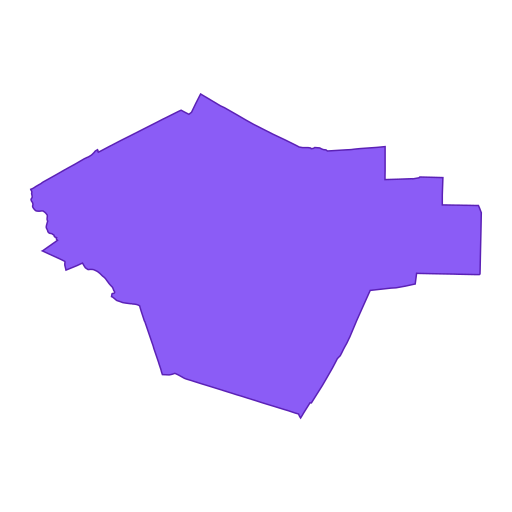 Balesti, Vrancea, Romania, rotated 90°
{"feature_id": "2599482B89340498251643", "entity_name": "Balesti", "entity_type": "district", "adm_level": 2, "iso_a3": "ROU", "parent_name": "Romania", "parent_adm1": "Vrancea", "projection": "albers", "projection_center": [27.24, 45.473], "detail": "fine", "context": "isolated", "style": "filled", "palette": "violet", "viewbox_px": 512, "rotation_deg": 90, "n_neighbors": 0, "source": "geoboundaries", "source_scale": "gbopen_adm2", "svg_char_len": 4449}
<svg xmlns="http://www.w3.org/2000/svg" viewBox="0 0 512 512"><g transform="rotate(90 256 256)"><path d="M418.0,211.4L415.1,209.6L413.2,208.5L402.8,202.0L402.9,200.6L394.3,195.2L385.6,189.7L379.6,186.2L368.1,179.6L363.4,177.1L360.7,175.7L358.7,174.7L356.3,172.4L355.8,171.8L352.1,169.9L349.2,168.5L346.4,167.0L343.2,165.2L340.9,164.1L337.5,162.5L337.2,162.3L321.5,155.7L321.2,155.6L307.1,149.3L290.4,141.8L288.1,121.1L287.8,115.9L286.1,106.5L284.2,97.9L284.1,97.4L284.0,96.8L273.3,95.4L273.4,93.4L273.7,79.2L274.1,57.3L274.2,54.7L274.6,35.5L274.6,34.0L274.6,33.1L274.6,32.7L274.4,32.4L274.2,32.2L273.8,32.0L270.3,31.9L251.1,31.5L246.5,31.4L228.3,31.0L222.7,30.9L212.7,30.7L210.9,31.4L207.7,32.6L205.5,33.6L205.5,35.9L205.4,40.2L205.3,45.4L205.3,48.1L205.2,50.8L205.1,58.9L205.0,63.5L204.9,69.7L194.9,69.7L177.6,69.1L177.3,80.1L177.0,92.2L177.8,93.0L178.9,99.4L178.7,99.7L179.2,113.4L179.6,127.0L176.4,127.0L170.3,126.9L162.2,126.9L146.6,126.9L147.0,131.0L147.4,135.2L148.6,152.2L148.8,154.1L149.1,157.1L149.6,161.0L149.9,166.8L150.4,174.9L151.0,184.6L149.9,186.0L149.6,188.6L148.8,190.7L148.2,191.7L147.9,192.5L147.5,197.2L148.4,198.7L148.7,200.8L148.0,201.4L147.6,203.9L147.6,209.4L147.0,212.9L146.1,214.5L142.1,222.5L140.1,226.5L134.1,239.2L128.4,250.4L126.4,254.3L124.4,258.3L120.1,266.0L114.9,274.9L107.7,287.5L105.8,291.6L99.7,301.8L94.0,311.4L103.4,316.2L108.6,318.7L112.3,320.5L114.3,323.1L112.1,327.4L110.2,330.9L111.4,333.5L112.3,335.3L116.4,343.5L117.6,345.9L119.4,349.6L122.3,355.2L129.7,369.8L136.0,382.2L137.7,385.6L140.4,391.0L146.2,402.2L151.5,412.2L152.2,413.7L151.6,414.1L151.1,414.1L150.6,414.0L149.7,414.5L151.1,416.8L151.6,417.2L152.5,417.9L153.1,418.5L154.6,420.0L155.3,420.9L155.9,421.9L157.0,423.7L157.3,424.6L158.8,427.8L159.8,429.5L160.9,431.4L164.1,436.9L166.9,442.0L170.1,447.8L175.2,456.7L178.4,462.4L181.9,468.7L182.6,469.8L183.5,470.9L183.8,471.4L184.6,472.9L186.0,475.3L186.7,476.5L187.2,477.2L187.8,478.1L188.2,478.8L188.7,479.7L189.1,480.8L189.3,481.3L189.9,481.1L190.3,480.8L191.0,480.4L191.6,480.2L192.1,480.2L192.5,480.2L192.9,480.2L193.5,480.4L194.1,480.3L194.8,480.1L195.9,479.9L196.8,479.8L197.5,479.9L198.0,480.2L198.9,480.8L199.6,481.0L200.3,480.8L201.1,480.5L201.8,480.0L202.6,479.5L203.1,479.3L204.2,479.1L205.0,479.1L205.9,479.4L206.4,479.4L207.1,479.2L208.5,478.4L209.2,477.8L210.3,476.8L210.9,475.9L211.1,474.6L211.2,473.0L211.1,471.6L210.9,470.5L210.9,469.9L211.0,469.0L211.8,467.8L212.4,467.0L213.0,466.4L214.2,465.4L215.0,464.8L215.7,464.7L216.6,464.7L218.2,464.9L219.1,464.9L219.6,464.9L220.3,464.7L220.8,464.4L221.3,464.3L221.7,464.5L222.8,464.8L223.5,465.0L224.5,465.3L225.8,465.6L227.1,465.8L228.3,465.5L229.2,465.0L230.5,464.4L231.4,464.2L232.3,463.7L232.8,463.2L233.3,462.3L233.7,460.1L234.1,459.6L234.9,458.4L235.3,457.9L235.8,457.9L236.3,457.7L236.8,457.4L237.2,456.5L237.5,455.9L237.7,455.4L237.9,455.5L238.5,455.7L239.2,455.5L239.7,455.1L240.3,454.5L250.8,469.4L250.9,469.6L254.3,462.3L258.9,452.2L261.2,447.5L261.4,447.2L261.7,447.1L262.2,447.0L262.7,447.1L263.6,447.2L264.8,447.2L265.6,447.1L268.0,446.5L270.1,446.0L265.6,435.0L264.2,432.0L263.9,431.4L263.1,429.5L264.8,428.5L266.5,427.5L267.8,426.6L268.7,425.3L269.5,424.1L269.6,423.5L269.5,422.9L269.4,421.6L269.4,420.7L269.5,419.1L269.8,418.0L270.5,416.5L271.4,414.7L272.2,413.6L273.5,412.0L274.6,410.9L276.0,409.5L276.9,408.3L278.0,407.1L278.9,406.3L280.6,405.1L283.6,402.9L285.2,401.5L286.6,400.2L287.1,399.7L287.5,399.4L288.2,399.1L289.7,398.5L290.4,398.3L291.1,397.8L291.8,397.4L292.2,397.4L292.6,397.4L292.8,397.5L293.2,397.9L293.4,398.4L293.5,399.6L293.6,399.8L293.9,400.0L296.6,400.5L297.0,399.5L297.4,399.0L298.6,397.5L300.0,395.9L300.6,395.0L300.8,394.3L301.7,391.6L302.4,389.8L302.6,389.2L303.0,386.8L303.5,383.2L303.7,381.6L303.7,380.5L304.0,379.3L304.1,377.6L304.4,375.9L304.7,374.7L305.3,373.3L305.9,372.3L307.2,372.0L310.9,370.9L321.0,367.6L321.5,367.2L343.2,359.8L343.7,359.6L346.1,358.8L348.6,358.1L362.1,353.5L364.1,352.9L369.2,351.2L372.2,350.4L374.6,349.6L374.7,347.2L374.8,344.8L374.9,342.9L374.6,341.2L374.1,339.3L373.4,337.4L373.5,336.7L374.9,333.7L378.3,327.6L379.0,325.8L380.3,321.5L382.8,313.6L384.0,309.8L384.9,306.8L387.3,299.0L389.2,292.9L391.7,285.0L393.4,279.5L394.7,275.5L396.1,270.7L398.3,263.8L400.7,256.1L402.9,249.3L405.0,242.4L406.3,238.1L407.7,233.6L409.1,229.1L410.8,223.4L413.0,216.9L414.0,213.4L415.6,212.8L417.4,211.8L418.0,211.4Z" fill="#8b5cf6" stroke="#5b21b6" stroke-width="1.5"/></g></svg>